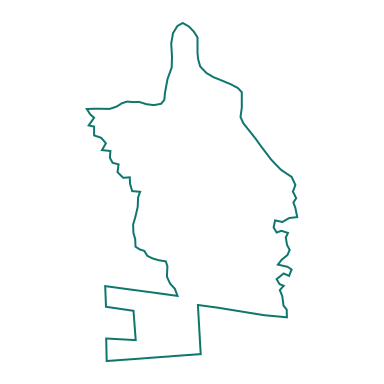 the district of Saudade do Iguaçu, Paraná, Brazil
{"feature_id": "56859067B21395329583360", "entity_name": "Saudade do Iguaçu", "entity_type": "district", "adm_level": 2, "iso_a3": "BRA", "parent_name": "Brazil", "parent_adm1": "Paraná", "projection": "albers", "projection_center": [-52.606, -25.705], "detail": "fine", "context": "isolated", "style": "outline", "palette": "teal", "viewbox_px": 384, "rotation_deg": 0, "n_neighbors": 0, "source": "geoboundaries", "source_scale": "gbopen_adm2", "svg_char_len": 1575}
<svg xmlns="http://www.w3.org/2000/svg" viewBox="0 0 384 384"><path d="M291.7,177.0L281.1,169.9L275.4,164.1L271.0,159.4L260.9,146.1L255.6,138.7L243.3,123.2L240.5,117.0L241.8,107.7L241.8,92.3L238.0,88.1L230.6,84.2L218.3,79.1L213.5,77.2L206.4,73.0L200.2,66.5L198.2,59.5L197.5,53.2L197.5,37.4L193.8,31.6L188.8,26.4L182.7,23.0L177.4,26.0L173.0,33.2L171.2,43.6L172.0,56.8L171.7,67.5L167.5,79.1L165.0,92.8L164.3,99.9L161.1,103.8L153.9,105.1L146.5,104.2L139.1,101.9L133.7,102.1L127.1,101.6L122.0,103.2L116.8,106.5L109.7,108.9L96.0,108.7L86.8,109.0L90.3,114.5L94.1,117.7L88.7,125.4L94.1,126.6L94.1,135.4L101.2,137.8L105.9,143.3L102.0,150.1L110.4,151.0L109.9,157.8L112.6,162.8L118.6,164.4L117.5,172.1L123.2,177.8L129.8,177.3L130.0,183.6L132.2,191.1L140.1,191.8L138.1,197.4L137.7,207.0L135.2,217.6L133.1,224.6L133.4,232.8L135.2,239.1L135.5,246.7L139.9,249.5L144.3,250.9L147.3,255.8L152.2,258.3L158.7,260.2L165.8,261.4L167.4,266.3L166.9,276.7L170.1,283.6L174.8,288.7L177.5,295.9L105.2,286.1L106.0,306.8L133.5,310.8L135.7,340.1L106.2,338.5L106.7,361.0L125.0,359.7L130.7,359.3L174.5,356.0L200.7,354.1L197.9,305.0L218.0,307.7L257.2,314.1L264.2,315.2L286.9,317.3L286.7,309.6L283.5,305.6L282.3,296.2L279.8,290.1L283.7,285.8L279.5,284.1L276.6,279.1L283.7,273.5L289.1,275.9L291.6,269.5L287.5,266.8L277.9,264.6L281.7,259.7L287.4,255.1L289.7,250.0L287.0,244.9L285.8,237.4L288.0,233.0L281.5,230.8L276.6,232.5L273.6,227.4L275.1,220.4L282.3,222.0L289.3,218.0L297.2,217.1L295.4,208.0L293.4,202.5L296.2,198.2L292.9,191.6L295.4,185.0L291.7,177.0Z" fill="none" stroke="#0f766e" stroke-width="2"/></svg>